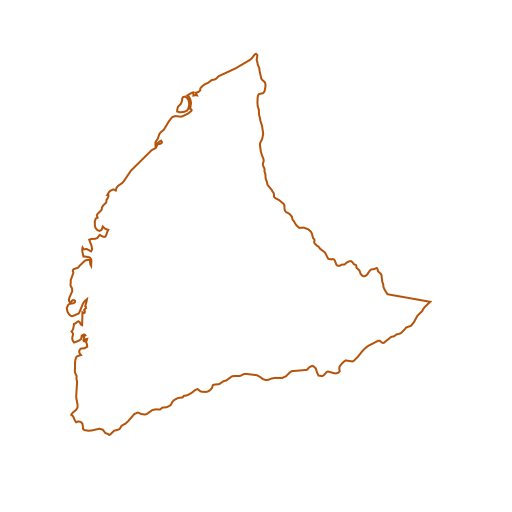 map outline of Nampula (Equal Earth projection), rotated 189°
{"feature_id": "MOZ-1200", "entity_name": "Nampula", "entity_type": "Province", "adm_level": 1, "iso_a3": "MOZ", "parent_name": "Mozambique", "parent_adm1": "", "projection": "equal_earth", "projection_center": [39.254, -15.162], "detail": "fine", "context": "isolated", "style": "outline", "palette": "amber", "viewbox_px": 512, "rotation_deg": 189, "n_neighbors": 0, "source": "natural_earth", "source_scale": "10m", "svg_char_len": 6096}
<svg xmlns="http://www.w3.org/2000/svg" viewBox="0 0 512 512"><g transform="rotate(189 256 256)"><path d="M407.6,63.6L409.1,65.2L411.7,69.2L413.5,70.0L413.6,70.7L412.5,72.5L409.6,76.0L408.6,78.3L408.9,80.9L411.3,87.7L411.7,89.8L413.0,103.7L414.2,106.8L414.4,109.4L416.3,112.1L417.0,114.1L417.2,117.0L418.0,122.1L418.2,124.5L417.8,127.7L416.8,129.1L413.4,130.8L414.4,131.6L415.2,132.7L415.7,134.1L415.5,135.7L414.6,137.0L413.5,137.5L411.0,138.0L408.5,140.0L409.0,142.0L410.3,144.4L409.8,147.7L411.0,147.2L412.0,144.9L412.7,144.9L413.3,145.9L412.9,148.2L413.9,149.3L412.1,150.9L413.0,151.6L413.9,151.5L415.7,150.1L415.7,146.7L417.9,144.5L422.1,142.1L423.2,143.1L424.3,144.7L424.7,146.5L424.5,150.0L425.0,151.3L426.4,152.5L425.5,154.1L425.1,156.3L425.2,160.5L424.0,161.0L422.0,163.2L421.1,163.7L419.9,163.2L418.2,160.9L416.9,160.5L418.6,173.3L417.1,172.6L416.3,173.3L416.4,174.7L417.4,175.7L415.7,178.1L416.2,179.4L416.8,179.7L416.2,185.1L416.2,186.9L418.1,184.7L419.4,182.0L421.8,172.2L422.4,171.3L427.7,168.0L428.8,167.7L431.2,168.8L433.5,171.5L434.8,175.0L433.8,178.5L432.7,179.5L428.7,180.9L427.6,182.2L427.7,183.3L428.6,183.8L429.9,183.8L430.8,182.9L431.6,181.8L432.4,181.2L433.5,182.1L434.0,183.7L433.8,185.7L432.0,192.4L432.2,193.6L432.9,195.6L434.2,197.1L434.8,198.9L434.8,200.5L435.2,203.1L433.8,210.6L433.8,211.2L434.7,212.7L434.4,214.0L434.0,214.5L429.9,216.7L428.8,218.6L424.5,224.3L423.1,225.3L421.5,225.9L420.0,226.0L419.3,225.3L418.3,221.8L417.3,220.5L417.8,224.9L418.2,226.8L419.7,228.4L421.1,228.7L425.2,228.7L426.3,228.4L428.1,232.9L428.7,235.4L428.6,237.2L427.4,235.8L426.5,235.7L424.5,236.5L419.7,234.8L418.9,236.9L420.0,240.3L423.3,246.0L420.6,247.3L417.9,247.7L415.5,248.9L413.7,252.4L410.7,251.3L409.0,251.1L407.8,251.6L407.3,252.8L406.6,257.0L406.0,258.7L409.1,259.3L410.6,260.1L411.9,261.2L412.6,257.7L414.4,256.3L416.6,256.7L418.8,258.4L419.9,260.9L420.6,264.7L420.2,267.9L418.4,269.1L419.5,270.9L419.3,272.4L416.0,277.0L415.6,277.8L415.8,279.6L415.5,280.6L414.6,282.4L412.5,285.1L412.3,286.0L412.4,287.9L411.4,290.3L411.1,292.0L411.4,293.3L412.4,293.1L411.1,296.3L410.1,297.6L407.7,299.3L406.9,299.4L404.7,298.7L404.4,301.7L403.1,303.8L399.6,307.1L398.3,309.1L392.9,320.7L375.7,344.1L372.0,346.9L371.5,347.9L370.9,350.7L368.0,351.9L367.0,352.7L366.7,353.7L367.7,355.0L369.5,353.7L372.6,349.7L373.1,352.3L372.4,354.4L371.4,356.3L370.5,361.4L369.5,363.2L366.7,366.5L363.1,375.4L360.7,379.8L357.7,381.6L352.2,381.8L350.6,382.4L345.3,386.1L342.7,389.0L342.4,389.5L342.6,390.5L343.2,390.9L344.1,391.1L344.1,396.7L344.8,399.1L345.9,401.2L347.3,402.8L348.9,403.9L345.0,407.1L343.5,407.8L342.9,404.6L341.2,405.4L339.4,405.4L341.1,407.8L338.8,408.9L337.9,409.6L337.0,411.0L337.2,411.9L337.2,412.8L336.7,413.8L335.3,415.7L333.6,417.4L330.0,419.9L327.5,422.7L324.0,424.1L323.1,424.9L321.0,427.8L305.7,438.0L292.6,448.8L291.2,450.4L288.9,454.7L287.7,455.7L286.1,454.7L286.1,455.2L286.0,449.6L284.8,447.2L284.3,445.5L282.1,442.0L281.4,439.3L278.5,432.0L277.4,430.9L274.7,429.2L274.2,428.6L273.4,426.6L273.2,424.4L273.3,420.6L273.6,419.3L274.5,418.0L275.4,417.5L277.6,416.8L278.6,416.2L279.0,415.2L279.2,413.0L278.6,407.9L277.8,404.3L276.1,400.9L275.0,395.7L273.9,393.5L272.8,390.2L270.4,385.5L268.1,378.2L268.0,377.6L268.2,372.6L269.5,368.6L269.6,367.3L269.4,366.0L267.7,360.3L265.9,356.4L264.1,353.5L263.4,351.9L263.3,350.6L263.6,348.5L263.5,347.2L262.9,345.9L261.4,343.8L261.1,343.0L260.9,341.0L259.6,338.4L258.6,334.1L256.8,330.8L255.8,328.1L250.6,323.5L250.1,322.6L248.6,321.2L247.9,319.7L247.4,317.2L246.0,316.2L241.8,314.8L236.6,311.6L236.0,310.8L235.1,306.6L234.3,305.2L233.2,304.1L229.6,302.9L226.7,300.5L225.6,297.6L223.6,295.9L222.6,294.4L220.6,292.4L217.6,290.5L213.4,291.5L208.8,290.6L206.5,289.3L205.2,288.2L204.1,286.5L202.6,282.9L200.9,281.4L200.6,280.2L200.8,279.0L200.3,277.9L197.8,275.9L195.7,275.0L193.6,273.0L189.3,270.8L188.1,269.9L184.5,264.8L184.0,264.5L180.8,264.4L179.8,265.0L178.7,264.9L177.5,263.9L175.3,260.1L174.5,259.4L173.9,259.2L171.9,259.4L169.9,260.9L167.1,261.5L165.5,263.6L163.2,265.3L161.8,265.8L161.2,265.7L159.5,264.7L158.2,263.3L155.9,262.7L155.3,261.8L155.0,260.3L154.5,259.8L151.7,258.0L149.7,254.5L147.8,253.1L147.1,252.8L146.0,252.9L145.0,253.3L143.7,254.5L143.2,255.3L141.5,259.0L140.6,260.2L139.8,260.8L137.4,261.5L135.0,263.0L134.5,262.8L134.0,262.1L133.0,259.9L130.2,258.1L129.1,256.8L127.3,250.4L126.0,248.1L125.2,245.2L123.5,242.6L120.2,238.8L76.8,238.0L81.3,232.1L82.5,229.8L83.3,227.5L87.2,222.3L89.7,215.3L92.0,211.3L96.6,208.8L97.6,206.9L100.2,203.2L101.3,202.1L104.9,200.5L107.1,198.3L109.8,197.3L116.2,190.2L117.3,190.0L118.3,190.3L120.5,191.7L122.2,191.3L131.0,184.9L134.1,181.6L136.5,178.0L139.6,172.4L143.0,167.8L144.3,166.9L151.1,166.9L152.7,165.4L154.7,162.7L156.2,159.8L156.1,157.7L155.3,155.3L156.4,153.6L158.3,152.7L160.0,152.4L166.8,153.2L168.0,152.5L170.3,149.0L171.8,147.7L175.6,147.7L177.6,150.7L179.4,154.4L182.6,156.4L183.9,156.0L185.5,154.7L186.8,153.3L187.3,152.1L188.2,151.4L202.8,147.8L204.5,146.1L207.5,142.0L210.9,139.7L218.5,138.5L221.9,137.2L224.5,135.6L227.2,135.0L229.8,135.5L233.1,137.2L236.5,138.4L247.4,138.0L249.4,137.6L252.3,135.4L253.6,134.9L259.5,133.9L261.1,133.2L265.9,128.4L268.6,127.2L272.3,123.7L277.5,122.3L278.4,121.7L278.8,118.9L280.1,116.7L281.8,115.0L283.7,114.0L287.5,113.5L289.7,113.6L292.9,115.4L295.0,114.2L298.0,110.9L301.1,108.4L303.0,107.3L305.5,106.5L306.4,104.8L310.5,103.7L312.2,102.6L314.2,101.0L315.7,99.0L316.9,95.5L318.2,94.3L319.8,93.2L321.1,92.5L324.8,91.6L326.6,89.5L327.5,89.2L331.0,88.9L334.3,87.6L339.3,82.7L341.2,82.0L344.8,82.0L347.5,82.8L348.6,82.8L351.5,80.8L356.4,72.9L358.7,70.0L361.2,68.2L362.4,66.9L363.6,63.8L365.2,62.8L368.9,61.2L371.8,57.2L372.9,56.3L373.4,56.4L373.9,56.9L377.1,57.6L380.2,60.5L383.7,60.9L390.9,58.0L394.2,57.2L398.3,57.2L399.8,58.2L400.4,60.8L401.3,63.4L403.3,64.7L405.7,64.8L407.6,63.6ZM353.6,386.0L356.5,386.4L356.7,389.0L356.3,391.4L354.0,394.5L353.3,397.8L353.5,399.9L353.0,401.5L350.9,402.4L349.0,401.5L346.9,399.3L345.6,395.3L345.9,390.8L346.9,388.8L349.4,387.2L353.6,386.0Z" fill="none" stroke="#b45309" stroke-width="2"/></g></svg>